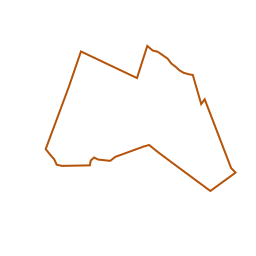 Cordilheira Alta, Santa Catarina, Brazil, rotated 339°
{"feature_id": "56859067B61939757447304", "entity_name": "Cordilheira Alta", "entity_type": "district", "adm_level": 2, "iso_a3": "BRA", "parent_name": "Brazil", "parent_adm1": "Santa Catarina", "projection": "natural_earth1", "projection_center": [-52.641, -26.979], "detail": "fine", "context": "isolated", "style": "outline", "palette": "amber", "viewbox_px": 256, "rotation_deg": 339, "n_neighbors": 0, "source": "geoboundaries", "source_scale": "gbopen_adm2", "svg_char_len": 573}
<svg xmlns="http://www.w3.org/2000/svg" viewBox="0 0 256 256"><g transform="rotate(339 128 128)"><path d="M212.4,208.2L209.9,202.3L209.9,128.7L204.9,131.9L207.5,101.7L204.1,99.7L199.6,96.3L196.6,92.4L194.7,88.5L191.5,83.2L189.9,77.5L186.9,73.1L183.1,67.5L178.8,64.5L175.4,58.3L154.3,84.6L111.5,39.7L87.4,68.5L43.6,118.2L45.7,124.8L47.9,130.8L48.3,136.7L52.7,139.7L79.0,149.2L81.6,145.0L85.8,143.4L88.7,146.7L93.6,149.2L99.6,152.3L105.7,150.4L135.9,150.9L141.6,151.4L147.3,161.2L156.8,176.3L182.3,216.3L212.4,208.2Z" fill="none" stroke="#b45309" stroke-width="2"/></g></svg>